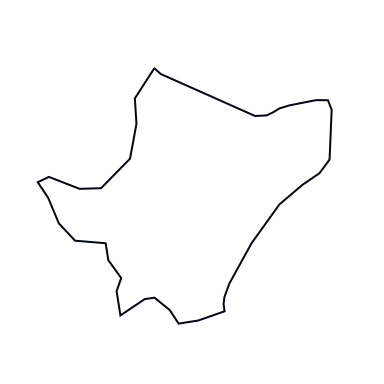 SVG path tracing the border of Kačanik, rotated 261°
{"feature_id": "KOS-5915", "entity_name": "Kačanik", "entity_type": "District", "adm_level": 1, "iso_a3": "XKX", "parent_name": "Kosovo", "parent_adm1": "", "projection": "orthographic", "projection_center": [21.226, 42.206], "detail": "fine", "context": "isolated", "style": "outline", "palette": "ink", "viewbox_px": 384, "rotation_deg": 261, "n_neighbors": 0, "source": "natural_earth", "source_scale": "10m", "svg_char_len": 676}
<svg xmlns="http://www.w3.org/2000/svg" viewBox="0 0 384 384"><g transform="rotate(261 192 192)"><path d="M319.9,174.3L313.4,179.6L257.2,266.2L256.0,277.6L258.0,284.5L260.9,291.5L262.4,302.5L263.3,328.7L262.9,331.5L261.4,340.6L251.4,342.8L210.1,334.5L202.5,332.9L194.3,324.6L190.6,320.8L181.8,302.2L166.1,276.4L132.2,242.9L95.8,214.6L83.0,207.5L76.5,205.7L69.1,205.5L64.1,178.1L64.1,158.2L78.8,151.6L93.5,138.4L93.6,128.5L81.3,102.0L105.8,102.0L118.1,108.6L137.7,98.7L154.9,98.7L162.2,68.9L181.8,55.6L208.8,49.0L225.8,41.2L229.3,53.0L212.7,81.5L210.0,102.8L234.6,136.0L268.0,147.8L293.4,150.2L319.7,173.8L319.9,174.3Z" fill="none" stroke="#020617" stroke-width="2"/></g></svg>